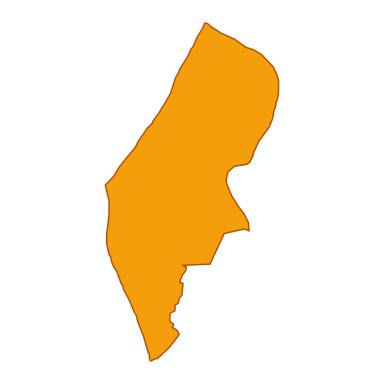 San Antonio Huista, Huehuetenango, Guatemala
{"feature_id": "79465075B52230984514052", "entity_name": "San Antonio Huista", "entity_type": "district", "adm_level": 2, "iso_a3": "GTM", "parent_name": "Guatemala", "parent_adm1": "Huehuetenango", "projection": "robinson", "projection_center": [-91.777, 15.657], "detail": "fine", "context": "isolated", "style": "filled", "palette": "amber", "viewbox_px": 384, "rotation_deg": 0, "n_neighbors": 0, "source": "geoboundaries", "source_scale": "gbopen_adm2", "svg_char_len": 2523}
<svg xmlns="http://www.w3.org/2000/svg" viewBox="0 0 384 384"><path d="M249.5,162.6L253.1,155.5L253.0,153.9L259.0,140.9L269.0,127.4L272.7,118.3L273.8,111.4L275.8,105.5L275.8,102.8L276.7,101.7L278.5,94.2L278.6,80.5L276.6,74.1L273.3,67.1L261.5,54.5L253.8,49.9L245.7,47.2L234.3,39.0L221.1,33.2L211.8,27.2L207.8,23.8L204.8,23.0L203.0,27.6L196.9,37.6L193.2,46.5L191.0,49.1L187.4,57.1L179.5,69.4L179.0,71.8L175.6,77.6L170.5,93.3L163.9,105.1L162.2,107.3L159.4,112.3L152.8,121.4L152.5,122.9L147.4,128.1L137.9,142.0L135.7,146.8L124.5,160.5L119.3,167.0L114.4,175.3L111.0,179.3L105.4,184.9L105.8,187.3L109.1,200.9L109.0,214.0L107.9,224.5L106.6,234.5L106.7,244.0L109.1,254.6L110.8,257.1L111.5,261.5L113.5,266.4L116.6,271.0L120.5,281.7L121.6,284.4L122.4,284.6L123.4,289.0L128.8,299.1L134.3,312.1L136.3,315.4L137.6,321.1L143.5,336.3L148.2,352.7L149.3,354.2L149.4,357.9L150.0,360.2L150.9,361.0L154.8,358.9L157.4,358.6L169.1,347.6L177.6,336.9L179.0,334.5L178.9,333.9L178.3,332.7L177.8,331.5L177.2,330.7L176.4,330.0L175.8,329.5L175.0,329.1L174.4,328.7L173.8,328.3L172.2,327.4L172.8,326.6L173.2,326.0L173.4,325.5L173.5,325.0L173.4,324.4L173.3,324.1L173.2,323.8L172.2,323.2L171.9,323.0L171.3,322.6L170.7,322.1L170.2,321.7L170.0,321.1L169.9,320.8L169.8,320.0L169.9,315.9L170.1,314.7L170.3,313.6L170.6,313.1L170.9,312.7L171.6,312.3L172.1,312.1L173.0,311.9L173.6,311.6L174.2,311.4L174.5,311.1L174.7,310.7L174.9,310.4L175.0,310.0L175.0,308.6L175.1,307.2L175.1,306.2L175.1,305.5L175.3,305.0L175.4,304.8L175.9,304.5L176.2,304.5L176.7,304.3L177.2,304.0L177.5,303.8L178.2,303.0L178.4,302.6L178.6,302.2L178.6,301.8L178.6,301.1L178.8,299.9L178.9,299.1L179.0,298.8L179.2,298.4L179.4,298.0L180.5,296.8L181.3,295.9L181.6,295.5L181.8,295.1L181.9,294.5L182.1,292.8L182.3,290.8L182.5,288.8L183.0,284.2L182.9,283.8L182.9,283.6L182.7,283.3L182.4,283.1L182.1,283.0L181.8,283.0L181.1,282.9L180.5,282.9L180.3,282.7L180.1,282.6L180.1,282.3L180.1,281.8L180.1,281.3L180.3,280.6L180.3,280.2L180.5,279.6L180.7,279.3L180.9,279.0L181.2,278.6L181.4,278.2L181.5,277.7L181.7,277.0L181.9,276.2L182.0,275.6L182.2,275.2L182.5,274.9L182.9,274.4L183.7,273.4L185.4,271.2L185.9,270.1L186.1,269.6L186.1,268.7L186.1,268.2L186.0,267.4L186.0,266.6L185.9,266.5L185.5,266.4L184.9,266.5L184.5,266.3L184.0,266.3L183.3,265.9L182.8,265.3L210.0,264.1L224.2,233.5L244.3,229.0L249.0,230.8L249.1,230.6L248.4,222.5L243.9,213.6L238.5,206.7L231.5,195.5L229.2,189.9L226.6,183.6L226.2,179.6L228.1,171.9L234.4,166.2L246.4,164.4L249.5,162.6Z" fill="#f59e0b" stroke="#b45309" stroke-width="1.5"/></svg>